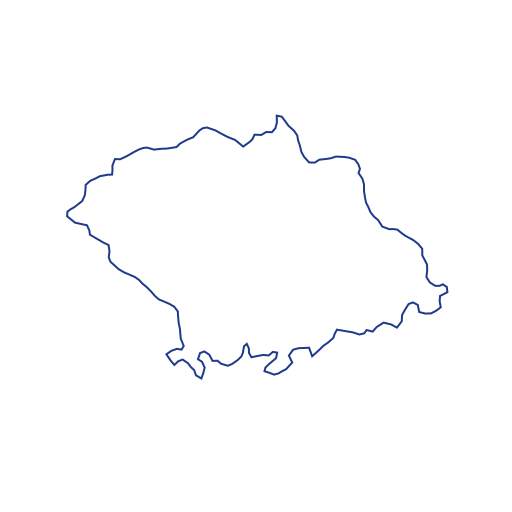 Nuporanga, São Paulo, Brazil, rotated 126°
{"feature_id": "56859067B16762303364783", "entity_name": "Nuporanga", "entity_type": "district", "adm_level": 2, "iso_a3": "BRA", "parent_name": "Brazil", "parent_adm1": "São Paulo", "projection": "natural_earth1", "projection_center": [-47.722, -20.7], "detail": "fine", "context": "isolated", "style": "outline", "palette": "blue", "viewbox_px": 512, "rotation_deg": 126, "n_neighbors": 0, "source": "geoboundaries", "source_scale": "gbopen_adm2", "svg_char_len": 2658}
<svg xmlns="http://www.w3.org/2000/svg" viewBox="0 0 512 512"><g transform="rotate(126 256 256)"><path d="M392.1,258.0L386.8,257.0L382.9,254.5L382.7,248.1L384.1,243.5L384.7,238.9L387.8,234.4L387.2,228.2L381.8,229.8L376.5,231.9L373.3,237.5L373.6,242.3L367.4,244.2L363.6,241.7L363.3,235.8L366.4,229.5L363.3,225.5L363.7,220.9L361.3,214.2L357.2,211.8L350.7,209.6L345.8,208.8L342.1,209.7L336.1,212.6L332.5,211.8L334.9,207.5L338.6,204.6L340.6,200.2L336.1,196.1L331.9,192.1L328.9,187.2L323.7,186.0L321.7,182.1L326.8,179.7L335.2,181.8L340.6,182.8L344.2,181.4L342.7,176.7L341.3,171.6L337.8,168.8L333.3,166.9L329.8,165.1L320.9,164.1L317.2,170.9L310.0,170.9L305.6,167.4L299.0,159.1L304.1,151.6L294.0,149.5L289.0,148.7L283.9,146.9L276.8,145.3L272.7,146.6L268.0,147.2L264.4,139.9L260.9,132.9L258.7,126.2L255.0,123.0L250.9,123.0L248.6,117.2L242.4,116.6L234.9,113.6L232.0,106.6L231.1,99.9L223.1,99.7L218.0,103.1L212.7,103.8L205.1,104.3L201.3,101.7L200.5,96.4L205.4,91.0L203.0,85.1L199.5,80.6L194.4,78.1L188.9,76.4L184.6,80.9L180.1,83.6L172.8,79.9L168.9,83.4L169.1,88.2L172.3,90.0L174.8,93.6L175.2,99.7L172.9,105.7L167.1,109.0L162.3,112.7L160.0,117.3L157.8,121.8L152.5,125.7L150.9,131.8L150.7,138.3L151.9,146.9L151.9,151.2L151.6,157.2L153.5,160.7L156.0,164.1L158.0,171.1L155.2,178.1L154.8,183.6L153.3,189.1L150.1,194.4L148.1,198.4L144.2,202.6L140.3,206.5L134.6,210.7L130.9,215.4L128.6,221.8L124.4,223.1L121.6,227.2L119.9,232.3L121.7,238.4L124.0,242.8L128.6,249.8L133.0,253.0L135.8,255.8L140.9,261.4L145.8,263.3L149.1,268.0L147.5,275.4L145.2,280.3L140.5,285.9L137.8,289.8L134.2,293.5L132.3,298.9L131.6,306.1L128.1,317.0L130.3,321.7L135.8,317.5L141.3,315.4L146.5,315.9L149.7,320.6L155.0,322.9L158.7,328.5L163.9,327.5L167.8,328.3L175.0,330.7L174.7,335.4L174.4,341.1L176.4,349.1L177.6,357.1L178.2,362.6L180.9,371.3L183.8,374.1L187.4,375.5L191.5,376.0L196.8,376.6L202.5,380.1L206.0,381.8L209.9,383.6L214.5,384.3L218.1,387.8L221.9,391.7L224.8,395.5L229.9,401.1L232.4,408.0L235.0,410.8L238.5,413.2L243.3,415.7L251.7,419.5L257.6,422.8L260.5,427.1L267.2,425.3L271.5,422.2L274.7,420.3L277.6,423.9L283.2,429.2L288.0,431.6L292.6,434.3L298.6,435.6L302.1,433.2L307.5,430.2L313.6,428.9L323.4,431.7L327.2,433.5L330.9,434.6L334.9,432.2L335.4,422.0L330.5,410.8L333.4,405.7L336.4,402.9L334.8,387.1L333.8,381.7L338.3,377.3L343.7,374.3L346.2,370.3L347.4,359.4L346.8,353.3L344.2,341.7L344.1,336.8L345.1,331.4L345.4,326.2L346.4,320.0L347.8,314.0L348.2,308.9L347.0,304.0L345.6,297.7L345.1,292.4L346.8,286.7L350.9,283.3L355.5,279.3L360.0,274.4L367.0,268.4L371.3,261.6L375.5,261.2L377.6,265.4L382.4,268.7L388.2,270.7L390.8,263.5L392.1,258.0Z" fill="none" stroke="#1e3a8a" stroke-width="2"/></g></svg>